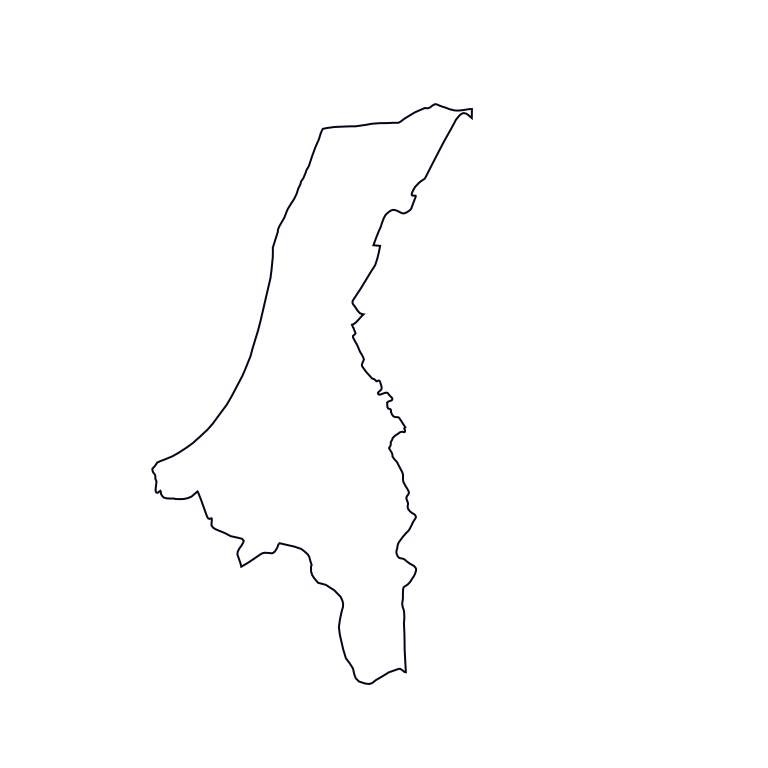 Tuy Hoa, Phú Yên, Vietnam, rotated 230°
{"feature_id": "81297802B45106503001809", "entity_name": "Tuy Hoa", "entity_type": "district", "adm_level": 2, "iso_a3": "VNM", "parent_name": "Vietnam", "parent_adm1": "Phú Yên", "projection": "orthographic", "projection_center": [109.269, 13.094], "detail": "fine", "context": "isolated", "style": "outline", "palette": "ink", "viewbox_px": 768, "rotation_deg": 230, "n_neighbors": 0, "source": "geoboundaries", "source_scale": "gbopen_adm2", "svg_char_len": 5590}
<svg xmlns="http://www.w3.org/2000/svg" viewBox="0 0 768 768"><g transform="rotate(230 384 384)"><path d="M618.8,501.0L616.9,497.0L613.3,491.4L609.5,483.7L604.8,475.5L600.9,469.2L599.4,466.8L598.6,464.8L597.9,462.6L595.8,459.0L593.5,454.5L592.9,452.4L592.6,451.0L592.0,450.0L590.5,448.0L589.7,445.9L589.0,444.3L585.8,439.2L583.5,434.1L581.8,428.4L579.9,422.8L578.9,420.7L575.5,414.6L572.1,405.2L570.3,401.8L568.8,400.5L568.7,400.3L559.8,386.3L558.5,385.4L552.4,380.1L550.1,377.7L544.0,371.5L538.1,365.1L522.1,343.8L520.8,342.1L511.5,329.7L506.0,322.0L495.8,306.3L491.1,299.6L483.6,285.5L481.2,280.6L475.1,265.7L472.8,260.1L469.2,250.2L466.7,239.6L463.7,227.4L462.4,218.9L462.3,215.2L461.9,209.4L461.8,203.5L461.6,200.2L462.0,193.8L462.4,190.0L463.4,181.9L464.7,175.2L465.5,172.6L467.4,166.7L468.5,163.7L469.6,159.7L469.3,158.8L468.5,156.1L468.1,153.1L467.9,152.0L466.6,151.1L464.8,150.4L462.1,150.3L460.3,149.6L458.5,148.0L455.6,147.1L450.1,141.3L448.1,139.9L447.0,139.9L446.1,140.8L446.0,144.0L445.1,143.9L443.3,142.6L440.9,142.1L438.6,142.3L436.1,144.0L433.4,146.9L431.4,149.4L430.3,150.0L427.6,152.9L424.6,156.7L422.7,160.3L421.5,164.1L421.5,167.5L421.6,172.0L420.7,172.0L412.9,169.4L396.6,163.4L394.2,162.9L392.8,163.6L392.3,165.2L391.7,165.6L390.2,164.4L386.7,161.0L383.8,160.7L380.6,161.8L371.8,166.4L365.9,168.8L362.3,171.6L357.0,175.6L355.7,175.8L354.1,175.8L353.0,174.2L351.9,171.2L350.9,167.2L349.6,164.2L347.6,162.1L338.9,158.8L335.8,157.2L334.5,164.6L333.7,171.9L332.9,180.1L332.4,182.4L331.2,184.4L328.6,187.1L326.3,189.4L325.9,190.3L325.8,192.8L327.3,197.2L328.9,199.9L329.2,201.7L327.6,202.8L317.2,210.7L311.0,214.5L307.8,215.3L302.6,216.1L299.6,215.6L295.5,213.7L292.0,212.3L292.0,212.2L290.7,210.4L287.2,207.6L283.8,206.2L280.5,205.7L274.1,205.7L267.6,210.3L257.9,213.3L248.8,214.0L244.6,212.8L241.9,211.4L239.7,209.4L236.9,205.3L232.1,199.1L226.8,193.2L220.3,189.0L207.0,182.2L198.4,178.5L192.4,178.2L186.1,177.4L180.2,174.4L176.6,173.2L172.2,173.6L166.7,177.0L163.7,179.8L162.5,182.7L162.4,187.4L161.2,194.3L160.0,202.4L157.8,208.2L156.2,212.4L155.3,213.3L153.3,214.0L150.2,214.6L149.2,215.5L167.4,229.2L173.1,233.9L180.2,239.6L187.8,245.4L191.9,249.4L196.5,252.9L198.3,253.9L201.4,255.1L204.0,256.7L207.6,260.7L211.0,263.5L214.6,266.8L215.6,268.4L215.7,269.5L215.4,270.9L215.2,273.4L215.4,275.5L215.6,276.8L216.6,280.0L217.7,283.7L218.8,286.0L220.3,288.4L221.6,289.7L223.3,290.1L225.4,290.0L226.8,289.5L229.8,288.3L233.5,287.4L236.2,287.0L237.7,286.4L239.1,285.3L240.6,284.1L241.8,283.7L243.4,283.8L245.1,284.3L246.6,284.9L248.1,286.2L249.6,288.4L251.9,291.1L253.0,293.0L253.9,296.4L254.8,300.2L255.5,304.5L255.9,308.7L256.4,310.3L257.5,313.0L259.7,317.9L261.1,322.4L262.1,323.3L263.7,323.6L264.8,323.4L267.4,322.5L270.0,322.0L272.7,322.2L274.0,322.7L275.4,323.8L276.8,325.5L278.2,326.2L281.2,327.2L282.5,328.0L283.3,329.6L284.0,332.2L284.9,333.4L286.2,333.9L288.8,334.5L292.0,334.9L296.5,335.9L298.5,337.0L300.8,339.0L302.3,340.3L302.7,340.4L304.7,341.3L307.5,341.9L312.2,342.9L316.0,343.8L319.1,343.6L323.0,343.9L323.4,344.3L325.3,345.5L327.8,346.0L329.4,346.2L331.5,346.6L332.0,347.3L332.2,348.5L332.9,349.8L333.4,350.4L334.7,351.4L335.1,351.8L335.8,353.8L336.2,354.7L336.9,355.6L337.1,356.6L337.3,359.6L336.8,363.1L336.8,365.0L336.4,366.0L335.8,367.1L335.0,367.9L334.0,368.6L334.0,369.2L334.4,369.8L335.1,370.4L336.0,370.6L336.8,370.8L337.1,371.6L337.1,372.5L341.2,373.0L346.6,373.7L348.8,373.8L349.7,373.2L350.3,372.6L351.6,371.2L353.0,370.5L354.4,370.4L356.4,370.8L357.9,371.3L358.9,372.0L360.0,372.7L360.6,372.7L361.4,372.2L362.6,371.5L363.8,371.6L365.3,372.6L366.7,373.7L367.7,374.3L367.8,375.1L367.7,376.3L366.6,379.1L366.6,379.9L367.1,380.8L368.2,381.2L372.1,380.9L374.9,381.0L375.5,380.5L376.0,380.1L376.9,378.2L378.4,374.2L379.0,373.4L379.5,373.2L380.4,373.2L381.2,373.8L381.4,375.2L381.4,377.6L381.6,378.6L382.8,380.0L385.3,381.2L388.3,382.4L389.5,382.6L389.8,382.4L390.2,381.9L390.6,380.6L391.0,379.9L392.0,379.9L394.0,379.6L395.6,378.6L396.3,378.4L400.0,378.3L404.4,378.1L410.2,378.5L411.8,378.7L412.8,379.2L413.5,380.2L414.3,381.6L415.1,383.4L415.8,384.3L415.9,384.5L417.5,385.1L420.3,385.8L422.0,386.0L424.7,386.5L429.0,387.9L432.0,388.7L434.5,389.1L439.1,390.1L440.1,390.5L440.8,391.3L440.8,393.6L441.0,394.6L441.9,395.1L444.3,395.8L446.4,396.7L447.1,396.6L450.0,397.6L449.5,398.6L449.2,401.8L449.4,403.9L449.8,406.8L450.1,408.9L450.4,410.7L450.5,413.1L451.9,412.0L453.9,411.0L457.1,410.9L460.9,411.4L465.3,411.6L466.8,412.3L467.9,413.6L472.2,427.9L478.6,446.8L480.7,453.6L484.1,459.1L488.1,464.6L492.3,469.8L497.1,465.1L501.0,471.9L504.3,478.0L506.5,482.6L508.8,486.2L511.2,490.5L512.4,493.5L512.7,495.5L512.7,498.7L512.4,500.9L511.7,502.7L510.4,504.1L508.3,505.4L506.0,506.4L503.9,507.3L502.8,507.9L501.7,509.2L500.9,511.6L500.5,514.8L500.6,516.7L501.0,517.9L502.0,519.6L507.3,529.0L507.9,529.2L508.6,528.6L509.9,527.0L510.7,526.7L511.9,527.5L513.3,530.0L514.9,534.2L515.6,539.8L515.6,542.2L515.4,544.1L515.1,546.9L515.5,548.4L523.4,567.0L531.2,585.8L536.4,599.6L538.5,604.9L540.2,609.0L541.2,614.6L541.2,616.6L540.9,617.7L540.6,618.8L539.5,619.9L538.4,620.7L536.2,621.4L531.3,622.2L538.1,628.1L539.5,626.4L540.9,624.1L543.7,619.5L546.2,616.0L548.7,613.5L550.4,612.3L552.3,610.9L556.0,608.9L559.2,606.8L562.9,604.8L564.5,604.0L565.6,602.9L566.2,599.9L566.2,597.7L566.6,595.8L567.5,594.2L569.2,592.6L572.2,582.4L572.8,578.9L574.1,570.2L574.3,565.5L574.6,563.9L575.0,562.7L577.9,559.3L581.7,554.3L586.0,549.1L590.9,542.4L594.3,536.5L599.5,528.1L604.0,522.6L612.7,511.3L617.1,504.3L618.8,501.0Z" fill="none" stroke="#020617" stroke-width="2"/></g></svg>